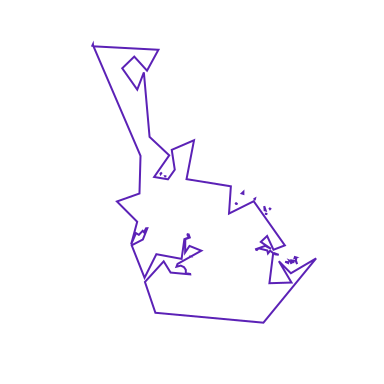 outline of Far North District, Northland, New Zealand, rotated 17°
{"feature_id": "76426892B75799514296056", "entity_name": "Far North District", "entity_type": "district", "adm_level": 2, "iso_a3": "NZL", "parent_name": "New Zealand", "parent_adm1": "Northland", "projection": "orthographic", "projection_center": [173.629, -35.034], "detail": "medium", "context": "isolated", "style": "outline", "palette": "violet", "viewbox_px": 384, "rotation_deg": 17, "n_neighbors": 0, "source": "geoboundaries", "source_scale": "gbopen_adm2", "svg_char_len": 1965}
<svg xmlns="http://www.w3.org/2000/svg" viewBox="0 0 384 384"><g transform="rotate(17 192 192)"><path d="M298.5,296.1L330.1,219.2L310.3,240.8L295.3,232.8L313.6,249.5L292.7,256.6L287.5,226.7L283.9,225.3L282.6,228.5L281.1,225.9L272.2,226.4L271.0,228.5L270.3,228.5L269.9,227.9L277.8,222.1L284.1,223.2L272.4,219.6L276.7,212.1L286.8,223.4L296.4,215.9L253.7,182.8L233.7,201.8L227.5,175.2L183.0,181.3L178.8,141.9L160.3,157.6L169.0,175.7L165.3,186.9L151.4,188.7L159.5,163.6L135.3,151.7L111.0,91.7L109.7,110.1L89.1,94.1L97.2,79.4L113.5,89.1L118.3,65.8L55.2,81.5L132.2,172.5L142.2,208.8L123.0,223.0L148.3,236.5L149.1,259.8L150.5,247.7L153.7,248.5L156.2,243.5L157.8,244.5L158.7,240.1L159.9,239.7L158.9,251.8L149.9,260.6L171.7,287.9L176.1,261.9L201.6,259.0L198.5,239.3L202.1,236.5L201.8,235.5L200.7,235.0L200.2,234.1L200.1,233.8L200.2,233.6L200.9,233.6L200.8,233.0L203.2,236.2L199.4,239.1L203.1,251.8L205.4,244.3L218.1,245.4L199.2,265.0L199.0,268.0L202.8,265.7L206.3,266.2L208.8,268.2L210.0,272.0L211.9,271.2L214.2,270.9L214.4,271.3L195.1,275.3L185.2,266.6L173.3,291.8L192.3,318.2L298.5,296.1ZM267.9,188.2L265.2,184.4L266.8,188.2L267.9,188.2ZM313.6,230.2L311.1,226.7L311.0,227.2L313.6,230.2ZM308.7,229.7L305.3,229.2L307.5,231.0L308.7,229.7ZM293.3,226.7L288.0,226.4L289.8,227.3L293.3,226.7ZM241.1,176.8L240.0,178.8L241.7,178.8L241.1,176.8ZM304.3,231.0L301.5,231.5L304.6,231.8L304.3,231.0ZM310.9,225.3L310.1,226.0L312.0,225.5L310.9,225.3ZM269.1,191.1L268.2,191.5L270.5,191.2L269.1,191.1ZM254.3,181.5L254.2,179.8L253.7,180.3L254.3,181.5ZM239.0,190.3L236.7,189.6L237.6,190.5L239.0,190.3ZM309.5,228.1L308.3,228.2L309.5,228.9L309.5,228.1ZM209.2,254.1L208.3,254.7L209.5,254.2L209.2,254.1ZM54.7,81.3L54.1,79.8L53.9,81.3L54.7,81.3ZM157.4,182.2L156.5,183.6L156.8,184.0L157.4,182.2ZM161.8,184.9L162.9,184.5L161.7,184.8L161.8,184.9ZM310.7,224.1L309.4,224.1L309.4,225.0L310.7,224.1ZM271.8,185.2L270.5,184.7L271.6,185.6L271.8,185.2Z" fill="none" stroke="#5b21b6" stroke-width="2"/></g></svg>